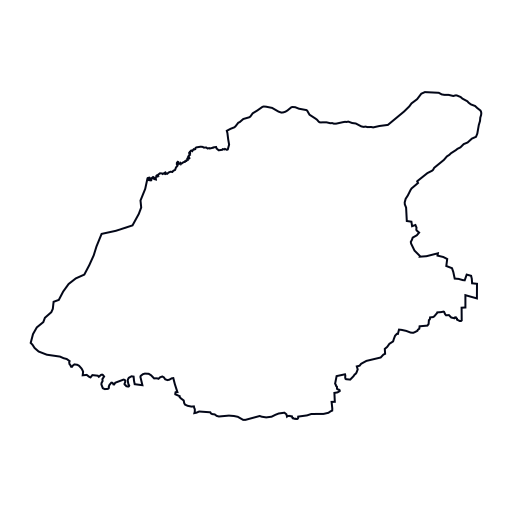 Ineu, Bihor, Romania (Mercator projection)
{"feature_id": "2599482B62282077307235", "entity_name": "Ineu", "entity_type": "district", "adm_level": 2, "iso_a3": "ROU", "parent_name": "Romania", "parent_adm1": "Bihor", "projection": "mercator", "projection_center": [22.104, 47.099], "detail": "fine", "context": "isolated", "style": "outline", "palette": "ink", "viewbox_px": 512, "rotation_deg": 0, "n_neighbors": 0, "source": "geoboundaries", "source_scale": "gbopen_adm2", "svg_char_len": 6071}
<svg xmlns="http://www.w3.org/2000/svg" viewBox="0 0 512 512"><path d="M194.4,413.1L196.4,412.7L199.2,411.5L210.3,412.3L210.9,413.4L212.2,414.1L214.7,414.4L216.7,415.9L218.9,416.5L228.9,415.6L233.9,416.0L237.8,416.8L243.2,419.9L245.3,419.9L259.7,416.0L261.7,416.7L266.2,417.4L271.6,416.7L275.4,414.8L278.7,413.5L284.4,412.7L286.4,414.3L287.0,416.6L287.7,416.0L289.9,415.9L290.3,416.2L291.9,416.3L292.3,417.7L292.9,418.3L293.3,418.1L293.7,418.5L294.4,418.8L295.6,418.7L295.9,419.0L297.5,418.9L298.1,418.1L298.2,416.6L307.0,415.4L311.3,414.0L323.6,413.9L328.4,412.8L330.6,411.3L332.2,410.6L332.3,408.7L331.6,401.9L334.8,401.8L334.4,392.9L337.5,392.4L339.7,391.1L339.7,390.3L338.8,389.6L337.6,389.3L337.0,388.8L336.9,386.6L336.1,386.0L335.9,385.6L335.8,384.7L335.1,383.7L336.6,376.1L345.0,374.3L345.3,375.5L345.2,377.6L345.5,378.8L346.1,379.2L350.2,379.6L353.5,376.2L354.7,374.4L355.4,374.1L356.4,372.8L357.7,369.4L356.8,366.4L359.6,365.7L361.1,363.8L366.4,360.9L380.7,357.5L383.4,354.6L385.1,353.8L384.8,348.9L387.2,346.9L389.4,343.8L393.1,341.4L393.9,338.8L395.1,335.7L396.9,333.8L397.9,333.9L399.0,329.6L401.7,329.9L406.2,330.9L410.7,332.6L413.2,332.8L414.7,332.2L417.4,330.8L417.8,329.8L419.3,328.7L419.6,326.3L427.4,325.6L428.6,324.0L428.9,320.1L429.8,319.4L430.1,317.4L433.0,317.1L434.2,316.4L437.1,313.0L437.3,312.4L441.1,312.1L443.6,311.6L444.1,311.9L445.1,314.2L446.1,315.3L448.9,315.1L451.2,317.5L454.5,318.3L454.7,318.1L454.8,317.5L455.8,317.3L456.1,318.0L457.0,318.6L457.0,319.6L459.7,321.0L461.0,321.0L461.7,320.4L461.6,307.7L465.4,307.5L465.4,295.2L476.9,298.4L477.0,283.8L472.1,283.3L471.8,278.8L471.1,275.8L466.7,274.6L464.7,280.3L462.8,280.1L458.6,278.9L454.7,278.6L453.3,272.0L452.0,268.2L446.3,266.0L447.2,259.0L443.3,257.0L437.5,255.6L437.9,253.3L426.5,256.2L419.8,256.7L420.0,256.1L414.5,250.6L411.1,243.6L410.8,241.9L411.9,239.9L412.7,237.6L416.8,235.3L419.1,232.6L416.7,230.5L416.3,229.8L416.5,227.6L415.4,225.0L412.1,226.2L411.4,221.7L406.8,221.0L406.1,207.6L404.8,204.3L404.7,202.3L405.7,198.7L407.8,195.5L410.6,189.9L411.6,188.4L418.0,183.0L417.2,181.3L418.0,180.6L427.4,173.1L432.1,170.7L433.1,169.8L434.2,167.8L443.9,159.9L446.9,156.4L449.4,154.8L450.9,153.3L455.9,150.1L457.5,148.8L460.4,147.4L463.7,144.1L467.6,142.5L471.9,138.6L476.0,136.8L477.3,133.6L478.8,125.0L480.0,121.0L480.3,117.6L481.1,115.0L481.3,113.1L481.0,111.6L480.4,110.5L477.2,108.0L475.1,106.0L470.9,104.4L468.5,102.6L467.4,101.3L462.4,98.6L460.6,97.0L456.7,95.4L455.4,95.4L453.3,96.0L448.7,94.9L444.6,94.9L441.7,94.4L438.8,92.8L424.9,92.1L421.3,93.7L417.1,99.2L411.5,103.4L409.3,106.4L404.1,111.5L387.9,124.9L379.4,126.0L373.2,127.4L371.2,127.0L367.4,127.1L365.6,126.6L363.6,126.9L361.3,126.4L355.8,123.5L352.1,123.0L348.3,121.6L346.3,122.0L345.1,121.8L342.8,122.2L335.9,123.7L333.9,123.7L332.3,123.1L330.2,123.2L326.4,122.3L320.0,122.4L318.8,121.8L317.0,119.7L315.5,118.6L309.5,114.7L307.2,110.7L306.5,110.1L298.9,108.7L295.2,107.2L292.4,107.0L291.3,107.3L287.4,110.5L285.4,111.7L283.3,112.4L281.4,112.6L278.5,111.6L272.1,107.9L266.1,106.7L263.7,106.5L262.4,106.9L257.3,110.5L252.7,113.3L250.3,116.6L249.2,117.3L243.3,119.0L239.7,122.1L238.3,122.7L235.5,126.3L234.4,127.3L230.6,128.8L226.8,130.8L227.4,133.0L228.2,139.4L229.1,144.6L227.8,149.4L226.9,149.8L224.9,148.9L224.4,149.4L222.8,149.1L222.2,149.8L218.7,150.3L216.6,148.5L216.1,147.0L213.3,147.4L213.2,147.7L209.7,148.5L209.2,148.1L207.6,148.5L206.2,147.5L203.8,147.6L202.7,146.9L200.6,146.7L196.4,147.4L195.7,147.8L195.0,148.9L195.1,149.2L193.9,149.6L193.6,149.4L193.4,149.8L192.5,150.3L192.3,151.0L191.5,150.5L190.9,150.7L190.5,151.4L189.8,151.8L189.7,152.6L190.1,152.8L190.1,153.2L189.2,153.2L189.3,153.9L189.9,154.9L188.7,155.8L188.8,156.4L188.5,156.4L188.2,156.8L189.4,158.1L188.9,158.6L187.7,158.1L187.3,158.5L187.7,159.9L186.8,160.1L186.3,160.4L186.3,161.0L185.1,161.2L184.9,161.9L183.4,162.2L182.0,163.3L181.2,163.4L180.9,163.9L180.4,162.9L179.0,164.0L178.0,163.0L178.2,162.0L177.7,161.8L176.9,162.8L176.8,164.2L177.5,165.6L177.3,166.0L176.0,167.4L175.1,169.9L173.3,170.8L172.3,172.0L170.7,171.7L169.0,172.3L167.7,173.3L167.3,173.8L166.2,173.7L165.2,174.1L164.8,173.8L165.8,172.9L165.4,172.4L162.7,174.0L162.2,173.5L160.0,173.3L157.9,174.9L158.1,175.7L156.8,175.4L156.5,175.7L157.0,176.6L156.3,176.7L155.7,177.6L155.9,179.5L154.4,179.1L153.5,178.4L153.1,178.5L152.9,178.1L153.8,177.6L153.6,177.2L153.1,177.0L151.2,178.5L150.6,179.5L151.2,180.0L151.2,180.3L150.9,180.4L148.9,180.1L149.0,179.7L149.9,179.1L150.0,178.3L149.7,177.9L149.4,177.6L147.8,178.0L147.5,178.3L145.2,188.9L140.5,200.5L141.2,207.5L138.8,213.9L132.5,225.4L115.9,230.8L101.6,233.9L96.5,246.4L93.7,255.4L89.3,265.1L84.3,274.6L75.8,278.4L68.6,284.0L63.2,291.5L58.8,299.9L53.6,301.8L52.8,308.9L51.3,312.2L44.9,317.8L43.3,322.1L36.8,327.4L33.0,334.1L30.7,342.9L32.4,344.6L34.6,348.0L38.6,351.5L46.8,354.7L60.0,356.6L63.6,358.2L66.7,359.0L69.6,361.1L69.2,362.3L69.5,364.1L70.5,365.3L71.0,366.7L71.4,366.8L72.0,366.8L72.7,365.7L74.4,364.4L77.3,364.8L79.1,365.8L81.6,368.6L82.6,370.5L83.1,371.8L82.7,375.3L86.7,374.9L89.3,376.9L90.5,377.4L92.4,375.1L97.8,375.7L98.8,376.8L101.0,374.9L102.1,374.6L102.8,374.9L104.1,376.5L102.4,379.1L102.6,381.0L101.5,383.1L101.4,384.5L102.8,388.2L104.7,389.1L107.8,388.9L108.7,388.3L108.9,387.4L108.8,386.6L109.4,385.0L111.3,382.7L112.0,382.7L112.9,383.3L113.4,384.4L114.1,384.5L115.3,382.7L123.5,379.6L124.7,379.9L125.2,380.7L125.2,382.2L124.5,383.8L124.5,384.2L124.9,384.8L125.6,385.2L126.3,386.2L128.2,386.6L128.9,386.3L129.2,385.5L128.4,384.2L127.7,380.4L128.0,379.3L128.8,377.8L131.5,376.3L133.6,376.6L134.0,380.7L134.7,384.2L142.4,385.2L140.4,376.9L140.7,375.9L142.9,374.2L144.9,373.6L148.7,373.8L151.1,375.3L154.1,378.4L156.9,378.3L158.5,378.8L160.1,377.3L162.3,376.5L163.9,377.4L165.2,379.3L167.5,380.1L169.3,379.7L171.8,378.3L173.3,378.1L174.8,384.0L177.4,392.1L175.6,392.2L175.3,393.3L175.3,394.3L179.7,396.2L179.6,397.0L180.8,398.3L183.7,400.5L184.2,403.1L185.0,404.6L187.6,405.8L191.5,406.6L193.9,406.4L194.2,407.9L194.8,409.2L194.8,411.6L194.4,413.1Z" fill="none" stroke="#020617" stroke-width="2"/></svg>